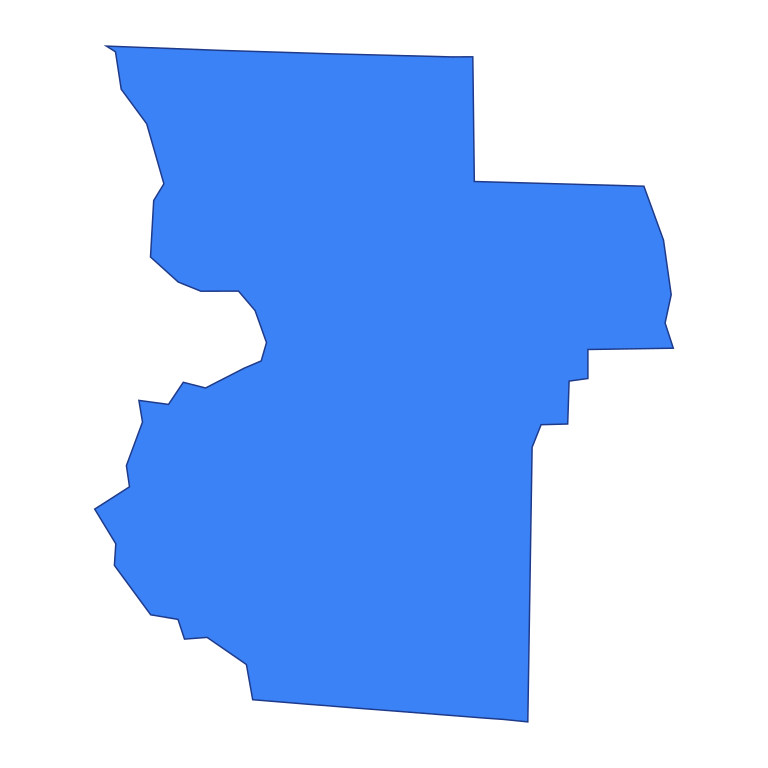 Lowndes, Georgia, United States of America
{"feature_id": "52423323B90608613064350", "entity_name": "Lowndes", "entity_type": "district", "adm_level": 2, "iso_a3": "USA", "parent_name": "United States of America", "parent_adm1": "Georgia", "projection": "equal_earth", "projection_center": [-83.3, 30.828], "detail": "fine", "context": "isolated", "style": "filled", "palette": "blue", "viewbox_px": 768, "rotation_deg": 0, "n_neighbors": 0, "source": "geoboundaries", "source_scale": "gbopen_adm2", "svg_char_len": 818}
<svg xmlns="http://www.w3.org/2000/svg" viewBox="0 0 768 768"><path d="M451.2,56.9L330.6,53.8L218.1,50.3L106.4,46.1L115.5,51.8L121.2,89.2L146.7,123.8L163.9,183.8L153.7,200.5L150.5,257.0L178.3,282.1L200.9,291.2L238.5,291.1L255.1,310.6L266.5,342.6L261.2,360.9L244.1,368.2L205.5,388.0L183.3,382.3L168.5,404.4L138.9,400.4L142.5,422.1L126.4,465.6L129.5,486.8L94.7,509.1L115.8,543.8L114.4,565.4L150.7,614.8L178.0,619.4L184.5,639.1L207.1,637.4L246.4,664.5L252.7,699.7L273.4,701.4L309.9,704.4L312.6,704.6L313.0,704.6L358.9,708.3L464.6,716.5L480.7,717.8L494.5,718.8L503.4,719.4L527.8,721.9L532.1,447.3L541.1,424.7L567.7,424.0L569.1,381.1L587.9,378.5L587.9,349.5L673.3,348.2L665.1,323.0L671.2,294.7L663.5,240.1L643.9,186.2L474.3,181.5L473.0,71.3L472.8,56.8L451.2,56.9Z" fill="#3b82f6" stroke="#1e3a8a" stroke-width="1.5"/></svg>